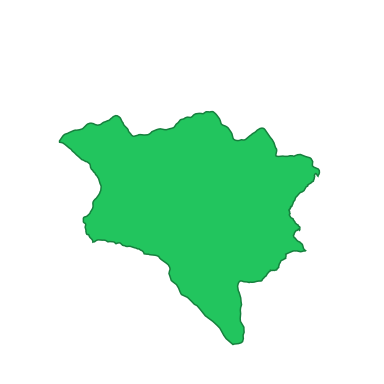 Cepitá, Santander, Colombia (orthographic projection), rotated 130°
{"feature_id": "7082276B75602648241124", "entity_name": "Cepitá", "entity_type": "district", "adm_level": 2, "iso_a3": "COL", "parent_name": "Colombia", "parent_adm1": "Santander", "projection": "orthographic", "projection_center": [-72.934, 6.746], "detail": "fine", "context": "isolated", "style": "filled", "palette": "green", "viewbox_px": 384, "rotation_deg": 130, "n_neighbors": 0, "source": "geoboundaries", "source_scale": "gbopen_adm2", "svg_char_len": 5970}
<svg xmlns="http://www.w3.org/2000/svg" viewBox="0 0 384 384"><g transform="rotate(130 192 192)"><path d="M181.3,295.9L181.6,298.1L182.1,298.9L182.6,299.6L184.6,300.6L185.1,300.8L186.4,300.9L187.9,301.3L189.5,301.4L190.3,301.6L191.0,302.0L191.7,302.5L193.6,303.4L195.6,304.6L197.1,305.0L198.6,305.3L199.7,305.8L200.7,306.6L201.6,307.4L202.6,309.6L203.0,311.4L204.0,313.3L204.8,314.3L206.9,315.6L208.1,315.9L210.6,316.1L213.5,316.4L214.7,316.9L216.9,318.4L218.9,320.2L219.7,321.2L220.8,322.0L225.4,324.3L226.9,324.9L229.3,326.4L230.7,326.8L232.2,326.9L238.1,326.3L239.0,325.4L238.2,324.1L237.5,322.7L237.2,320.0L237.2,314.4L237.0,312.0L237.5,310.1L237.5,307.2L237.8,304.4L237.8,301.4L238.0,297.5L237.9,296.8L237.5,296.1L237.0,293.1L236.3,291.8L236.2,290.0L236.2,288.2L237.1,286.9L238.4,285.5L239.3,283.4L239.1,282.7L239.2,282.2L239.8,280.4L239.8,278.6L240.6,277.0L240.7,276.3L240.6,275.8L241.8,272.1L244.6,267.9L245.8,265.5L246.9,264.6L249.4,262.9L251.2,262.4L252.0,262.0L254.1,261.6L258.4,261.3L259.9,261.6L261.9,261.6L263.0,261.4L264.2,260.8L266.4,258.7L267.3,258.1L268.3,257.7L269.4,257.4L272.9,256.9L273.8,256.5L274.6,256.5L277.8,256.9L278.8,257.3L280.3,258.3L280.9,258.5L281.4,258.5L282.0,258.3L284.7,256.0L284.9,255.3L284.9,254.5L284.7,253.7L284.9,253.0L285.5,252.3L287.6,251.3L289.4,248.7L290.4,247.9L291.7,246.2L292.0,245.3L291.7,244.5L291.1,243.8L291.4,243.1L291.8,242.6L292.4,241.0L292.7,237.7L293.5,236.3L294.1,235.7L293.5,235.4L293.1,234.9L292.6,234.6L291.4,234.4L290.1,233.9L289.2,233.3L288.7,232.8L286.5,229.7L285.2,228.2L284.5,226.7L284.3,224.6L283.9,224.1L282.7,223.0L280.7,220.2L280.4,219.4L280.5,217.0L280.2,216.8L279.1,216.3L277.7,215.1L277.2,214.1L277.4,210.9L277.0,210.0L276.4,209.1L276.0,207.5L275.3,206.5L274.3,205.6L273.3,204.4L271.7,200.3L270.9,198.8L270.7,197.7L270.4,196.9L269.6,196.0L269.6,194.5L269.4,193.5L269.1,192.8L269.1,191.1L269.4,190.2L270.1,188.9L268.5,186.4L267.7,185.5L267.2,184.1L264.4,180.0L263.5,178.4L262.8,176.2L263.4,174.1L263.5,172.3L263.0,165.8L263.0,163.4L263.9,160.9L265.1,159.2L267.1,158.4L269.3,157.2L270.5,155.1L273.1,151.0L273.1,149.1L272.9,144.3L274.2,140.6L275.7,137.8L276.8,135.6L277.3,134.1L275.6,127.7L276.0,122.3L276.5,118.0L275.8,115.1L276.6,110.4L278.3,102.2L277.7,92.9L278.0,87.0L278.4,83.1L281.4,75.4L282.4,71.5L282.5,62.6L281.4,62.0L278.2,58.9L276.0,57.5L274.1,57.1L271.2,58.5L270.3,59.5L268.7,60.9L266.0,61.9L264.0,63.8L262.2,65.4L260.0,71.7L257.9,73.8L254.0,76.5L251.5,79.0L249.4,80.4L246.5,81.6L244.6,83.8L241.8,86.6L238.8,91.1L237.8,93.2L234.8,96.6L232.5,97.7L231.2,98.1L229.5,98.0L228.6,97.3L228.2,96.6L227.4,94.6L225.5,92.0L224.6,90.0L223.7,89.6L222.6,88.0L221.1,86.5L218.5,84.7L217.9,84.1L217.2,83.6L216.5,82.6L215.3,81.6L214.5,81.6L213.8,81.9L211.4,81.7L210.6,81.8L208.8,81.3L206.0,81.8L205.2,81.7L203.5,81.7L202.4,81.3L202.1,81.4L201.5,81.7L200.8,80.3L200.0,79.7L198.9,78.2L198.1,77.9L197.6,77.3L197.0,77.1L195.7,77.5L194.5,77.1L194.1,77.1L193.7,77.3L193.2,77.9L191.8,78.4L191.5,78.8L189.2,79.1L187.9,79.6L187.0,79.5L184.5,78.3L183.6,78.3L183.0,77.7L182.6,77.6L182.4,78.0L182.2,78.1L181.3,78.4L180.1,79.3L179.6,79.7L179.4,80.2L175.8,78.5L172.4,76.7L171.5,76.0L170.7,74.9L169.5,73.5L169.1,72.5L168.4,71.4L168.3,70.9L167.9,70.4L167.0,69.6L165.6,68.7L164.4,67.4L163.9,67.3L164.0,68.7L163.9,68.9L163.7,70.1L161.9,72.7L161.6,73.4L161.3,73.6L161.2,74.0L161.1,75.3L161.2,76.6L161.0,77.0L161.2,77.8L161.6,79.0L161.6,80.6L161.3,82.3L161.0,83.1L161.2,84.4L161.1,84.8L160.2,86.3L159.8,86.5L159.4,86.4L159.0,86.5L158.2,86.9L157.3,87.2L157.0,87.4L156.1,87.3L154.8,87.5L153.7,86.7L153.3,86.8L152.6,86.3L152.2,86.4L151.9,86.6L151.7,86.3L152.2,85.1L151.8,85.1L151.4,85.3L150.6,86.0L150.3,86.3L149.6,86.7L149.5,87.6L149.7,88.4L149.1,89.5L149.1,89.9L149.4,90.3L149.3,93.1L149.1,93.5L148.8,93.8L148.4,95.5L148.3,96.3L147.7,96.9L147.6,97.3L147.7,97.7L147.8,98.6L148.0,99.0L148.1,99.8L147.1,102.6L146.4,103.1L146.1,102.9L145.7,102.9L145.3,103.2L145.1,104.0L144.1,104.8L144.0,105.2L144.0,105.7L143.6,105.8L142.3,106.0L142.5,106.3L140.9,106.3L140.7,106.6L139.2,106.4L139.3,106.8L138.5,106.5L136.4,107.1L134.2,108.0L132.2,108.0L129.6,109.1L127.7,108.9L124.7,108.9L122.7,108.7L121.1,107.7L118.9,107.1L114.6,107.9L113.2,107.2L112.9,107.3L112.6,107.5L112.3,107.9L111.9,107.6L110.8,107.5L109.0,106.8L107.6,106.5L106.7,106.5L105.9,106.0L105.3,106.1L104.4,106.8L103.4,106.8L102.6,107.5L101.6,107.8L101.0,108.3L100.8,108.8L99.8,109.2L98.5,109.2L98.2,109.0L98.2,108.4L98.3,107.7L98.9,106.3L98.9,105.7L98.4,106.0L96.7,106.2L95.3,106.8L93.8,108.2L93.2,109.9L94.6,114.6L94.6,116.5L93.2,117.7L91.1,119.1L89.9,122.3L90.0,123.7L91.8,127.7L93.6,133.1L95.5,135.0L98.0,136.4L99.1,136.7L99.7,138.3L101.2,140.2L103.3,141.7L105.1,143.9L106.1,145.5L109.2,148.6L110.4,150.5L109.8,151.6L106.0,153.6L104.8,154.8L104.5,156.0L104.0,157.1L101.6,160.9L100.4,164.1L99.8,167.3L97.3,176.3L97.2,177.5L97.5,178.6L98.2,179.6L99.6,180.7L102.8,181.8L104.4,181.9L105.6,182.1L108.7,183.2L109.9,183.3L111.8,183.8L117.2,184.7L118.3,185.2L119.2,186.1L120.3,187.9L121.1,188.2L122.8,189.5L123.6,190.5L124.4,191.9L124.7,193.1L124.8,194.2L124.3,195.3L121.7,198.9L121.1,200.4L119.7,205.5L119.7,206.9L120.0,208.6L121.0,211.5L121.1,212.7L120.9,213.7L119.2,216.2L118.3,218.0L118.0,219.1L117.2,222.4L116.9,224.3L116.9,227.2L117.3,228.1L118.5,229.3L119.3,229.8L119.9,230.8L121.3,232.6L122.0,233.0L124.7,233.7L125.5,234.6L126.0,235.6L127.2,237.1L129.7,239.4L131.3,240.1L132.6,240.3L133.8,240.3L135.1,240.6L135.9,241.1L137.5,243.5L138.4,244.2L139.7,244.9L141.3,245.3L142.4,246.1L143.4,246.9L144.3,247.3L147.8,247.2L150.2,247.7L153.5,247.3L154.6,247.5L156.1,248.4L157.8,249.7L160.7,251.6L161.7,252.8L164.0,256.9L165.4,258.1L166.9,259.1L171.6,261.5L172.7,261.5L174.7,261.8L176.5,262.6L177.8,263.9L179.2,265.4L181.1,268.3L182.2,269.5L183.2,269.9L186.7,272.3L187.2,273.2L187.3,274.8L186.9,276.3L186.5,279.0L186.1,280.0L185.5,280.8L185.0,282.1L184.6,286.7L184.1,288.2L183.4,289.2L183.1,290.7L181.4,294.4L181.3,295.9Z" fill="#22c55e" stroke="#15803d" stroke-width="1.5"/></g></svg>